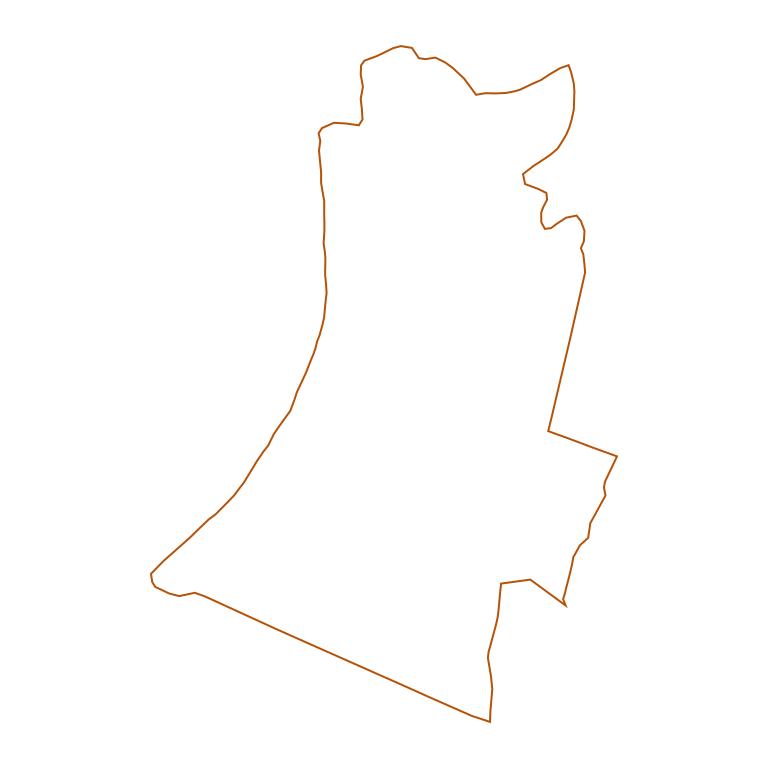 Bacabeira, Maranhão, Brazil (Albers equal-area conic projection)
{"feature_id": "56859067B76385045703481", "entity_name": "Bacabeira", "entity_type": "district", "adm_level": 2, "iso_a3": "BRA", "parent_name": "Brazil", "parent_adm1": "Maranhão", "projection": "albers", "projection_center": [-44.352, -2.93], "detail": "fine", "context": "isolated", "style": "outline", "palette": "amber", "viewbox_px": 768, "rotation_deg": 0, "n_neighbors": 0, "source": "geoboundaries", "source_scale": "gbopen_adm2", "svg_char_len": 2051}
<svg xmlns="http://www.w3.org/2000/svg" viewBox="0 0 768 768"><path d="M568.6,65.2L560.2,68.1L550.5,73.8L540.7,80.2L532.8,83.6L519.6,89.9L513.6,91.5L505.7,93.0L495.9,93.4L485.2,93.2L476.1,94.8L471.0,87.9L464.2,78.7L452.9,68.1L445.3,62.5L435.4,57.6L425.6,59.1L418.9,58.2L411.9,47.9L400.8,46.1L393.0,48.2L387.4,51.0L376.5,56.2L364.4,60.7L361.1,65.3L360.7,74.4L362.9,86.8L360.7,98.8L361.9,109.2L362.5,119.5L358.8,125.3L346.0,123.5L333.9,122.8L322.0,128.1L318.6,133.3L320.3,140.9L319.0,150.4L319.9,160.0L321.1,171.9L321.1,182.9L322.3,190.3L324.2,201.0L324.2,215.0L324.4,222.6L324.4,231.2L323.6,243.3L324.8,251.6L325.4,257.7L325.1,274.6L326.0,283.8L326.6,292.9L325.6,301.5L324.8,309.7L324.2,317.1L322.4,325.0L319.6,335.1L317.2,341.2L315.4,348.4L313.5,354.0L310.4,361.4L305.9,372.9L296.8,392.4L294.7,399.0L290.4,410.7L278.8,426.8L274.0,433.8L268.1,445.7L263.6,451.3L257.2,460.7L243.8,482.7L239.3,488.5L234.4,495.1L226.7,503.1L215.5,514.4L208.5,519.6L197.9,529.8L189.6,537.9L163.5,561.0L151.0,573.8L152.2,582.0L155.2,586.9L161.0,589.6L168.9,593.4L179.2,596.1L194.8,592.8L204.9,596.4L274.5,628.3L287.9,634.3L376.2,673.5L408.0,687.6L428.2,696.7L471.8,715.9L490.0,721.9L490.4,711.2L492.3,689.1L491.0,676.3L487.9,657.9L488.6,651.8L490.4,645.5L492.8,636.6L495.6,626.3L497.6,617.7L498.7,608.6L500.1,592.7L501.1,583.6L530.3,579.6L565.6,605.5L563.1,599.1L565.0,593.0L566.4,587.0L568.0,581.1L570.5,571.1L572.3,563.2L573.2,557.4L580.0,545.2L588.2,537.8L590.3,523.2L605.5,495.5L603.9,487.3L605.1,481.4L617.0,456.4L592.8,447.6L565.9,437.5L558.3,434.8L548.2,431.1L551.9,416.1L557.3,393.0L560.4,379.9L566.5,354.0L570.1,338.8L585.1,272.5L584.3,262.8L583.3,254.3L580.9,248.2L583.9,241.2L584.5,230.8L580.9,221.1L576.6,215.6L566.0,217.7L556.5,224.0L551.0,228.1L544.9,228.9L541.3,222.3L541.2,212.8L543.1,207.4L547.1,199.7L546.4,193.0L537.9,188.8L525.1,184.1L523.0,174.1L533.7,165.8L542.5,160.1L550.7,154.5L557.7,148.5L561.4,142.7L566.2,134.8L569.3,127.5L571.5,120.2L573.8,109.5L574.4,91.2L573.8,83.5L571.1,72.3L568.6,65.2Z" fill="none" stroke="#b45309" stroke-width="2"/></svg>